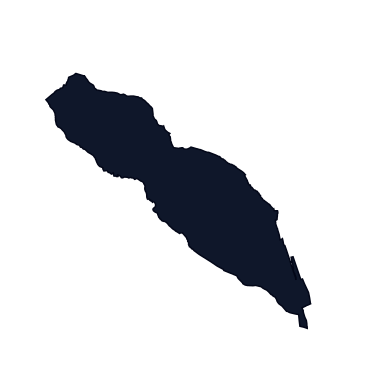 Frumusica, Botosani, Romania (Natural Earth projection), rotated 35°
{"feature_id": "2599482B74523212709144", "entity_name": "Frumusica", "entity_type": "district", "adm_level": 2, "iso_a3": "ROU", "parent_name": "Romania", "parent_adm1": "Botosani", "projection": "natural_earth1", "projection_center": [26.855, 47.52], "detail": "fine", "context": "isolated", "style": "filled", "palette": "ink", "viewbox_px": 384, "rotation_deg": 35, "n_neighbors": 0, "source": "geoboundaries", "source_scale": "gbopen_adm2", "svg_char_len": 6009}
<svg xmlns="http://www.w3.org/2000/svg" viewBox="0 0 384 384"><g transform="rotate(35 192 192)"><path d="M130.9,154.2L130.7,155.0L130.3,154.9L129.8,155.0L127.1,156.3L126.3,156.4L124.6,156.0L122.7,154.5L121.6,153.9L119.3,153.7L116.0,151.7L115.8,151.1L115.0,150.1L111.6,146.3L109.5,145.7L107.9,145.6L105.6,145.0L103.0,144.8L102.3,144.5L100.8,144.3L99.4,144.3L98.9,144.5L97.4,144.2L96.8,143.9L95.1,144.9L94.6,145.0L93.7,144.9L93.3,145.0L91.8,145.8L89.2,146.9L87.0,148.4L84.8,150.2L83.3,150.9L81.4,150.8L79.7,151.2L78.7,152.4L77.5,153.4L74.2,153.8L71.4,155.0L69.1,156.3L65.8,158.7L62.7,159.7L61.2,160.8L60.3,161.1L59.5,161.2L55.4,163.1L54.2,162.8L52.6,162.8L50.8,161.5L49.8,161.1L45.5,161.4L43.8,161.0L42.1,160.2L39.5,159.5L38.8,159.0L38.1,158.9L37.2,158.5L36.3,159.1L28.9,161.5L28.6,162.0L28.4,163.3L27.7,164.8L25.2,168.8L26.1,170.8L26.0,171.0L26.6,172.4L26.5,173.9L26.7,174.2L26.8,175.3L27.4,175.6L27.7,176.4L27.7,176.6L27.3,176.9L27.0,176.9L26.4,177.3L26.3,177.6L25.6,177.8L25.5,178.1L25.7,178.4L25.8,179.4L26.4,179.8L26.4,180.1L26.1,181.0L25.4,181.9L25.1,182.1L24.7,182.6L24.7,184.0L23.1,185.9L22.3,188.1L22.2,190.3L21.5,192.2L19.4,200.2L22.7,201.1L23.5,201.4L24.1,202.0L25.3,202.1L26.4,203.2L27.3,203.6L31.2,204.2L34.3,205.9L35.2,206.7L35.7,207.4L37.0,208.6L37.3,209.3L38.5,210.6L38.7,211.2L42.0,214.3L42.7,214.7L43.6,214.9L44.7,215.5L47.0,215.1L48.7,215.1L49.9,215.5L52.7,216.0L56.0,217.7L56.5,218.1L57.2,219.0L58.8,219.7L60.4,220.1L63.8,220.1L65.7,219.6L66.4,219.5L67.4,219.1L70.7,219.1L72.3,218.4L73.3,218.4L74.6,219.1L75.3,219.1L75.8,218.7L76.2,218.6L78.3,219.1L79.5,218.6L80.3,218.5L84.1,219.1L86.8,218.8L90.1,218.7L90.9,218.9L91.6,219.3L92.8,219.5L94.4,220.5L94.5,220.7L95.5,221.1L95.7,221.4L96.9,222.2L99.1,223.4L100.5,223.8L101.8,224.0L104.9,223.2L105.2,223.5L105.7,224.2L107.7,225.3L109.8,223.5L110.2,223.3L111.1,223.5L112.1,224.0L113.5,223.3L114.6,223.6L115.9,223.4L116.0,222.4L116.5,221.4L117.0,221.7L116.9,221.9L117.2,222.4L118.0,222.9L119.0,223.7L120.3,222.7L121.1,222.7L122.4,221.9L122.4,221.6L123.0,221.4L121.4,221.3L121.1,220.7L121.2,220.4L123.8,220.1L124.9,220.3L125.9,220.8L126.6,220.5L127.2,220.0L127.8,218.8L128.2,218.4L130.6,217.0L132.1,216.8L133.8,214.9L134.7,215.0L135.3,214.5L136.3,214.2L137.0,214.2L137.5,214.6L137.9,214.5L138.8,212.9L139.1,212.5L140.4,212.4L143.8,212.4L144.6,212.1L145.9,212.0L147.0,212.2L147.5,212.7L149.9,213.8L150.5,214.7L151.1,215.9L152.0,217.0L153.5,218.1L154.7,218.6L156.2,219.9L157.9,222.1L159.4,223.3L160.0,223.3L160.4,222.5L160.8,222.2L161.4,222.7L162.0,222.9L163.1,222.9L163.0,222.4L164.2,222.7L164.4,222.4L164.6,222.3L165.0,222.8L165.5,223.1L165.8,222.4L166.2,221.9L166.4,221.8L167.5,222.1L168.9,222.7L170.3,224.6L170.3,225.7L169.8,227.5L169.8,228.2L170.2,228.9L171.3,229.5L173.1,229.6L175.5,229.2L176.2,229.4L177.0,230.2L178.2,230.9L179.2,231.7L180.5,232.0L181.3,232.4L182.1,232.3L183.6,232.8L184.7,232.6L185.8,232.2L186.4,231.8L187.4,231.6L189.9,231.8L190.9,232.1L191.2,232.3L191.7,232.3L192.5,232.7L194.7,232.8L195.4,233.0L197.9,233.3L200.8,233.1L200.9,233.4L201.9,233.3L201.9,233.2L205.5,233.1L205.5,232.8L207.6,230.8L208.2,231.2L208.8,231.2L209.1,231.4L210.3,231.6L210.8,231.9L211.2,231.7L211.7,232.0L212.1,232.0L212.4,232.3L213.3,232.3L215.1,233.6L216.1,233.9L216.8,234.6L217.0,235.1L217.8,235.1L218.3,235.3L218.7,236.1L219.1,236.4L219.1,236.7L219.7,236.8L220.1,237.6L221.0,237.9L221.3,238.3L222.0,238.2L222.4,238.1L224.2,238.6L224.9,238.6L225.2,238.2L227.2,238.8L233.6,239.0L247.5,238.3L255.2,238.2L261.9,237.4L263.1,238.0L276.7,234.9L279.2,236.2L279.9,236.4L285.4,237.4L286.1,237.6L286.2,237.9L288.3,237.8L289.1,237.6L291.0,236.8L295.7,233.8L297.7,232.0L303.1,229.9L305.0,230.1L307.2,229.9L309.4,229.5L312.0,229.8L315.4,230.6L316.5,230.4L317.9,230.7L318.2,230.6L319.6,230.6L320.3,230.3L322.8,231.5L324.6,232.8L327.1,233.7L331.3,233.8L337.8,235.5L339.1,234.9L340.2,234.9L341.6,234.6L346.4,232.7L349.7,231.2L353.4,235.6L357.4,240.1L361.1,238.6L364.6,237.6L363.7,236.4L362.7,235.5L361.5,233.9L359.3,231.6L356.3,229.9L352.8,227.2L351.3,225.7L351.2,225.4L348.5,223.8L350.0,221.2L350.7,220.0L350.8,219.3L351.6,218.4L353.3,215.5L352.6,215.0L349.1,211.3L345.1,207.5L336.6,202.6L332.4,199.9L331.3,201.3L311.9,187.1L310.6,188.6L313.7,191.5L313.2,192.0L313.9,192.5L314.5,192.0L319.0,196.4L319.5,197.5L320.2,198.4L321.0,199.0L322.0,199.5L322.9,199.9L326.2,202.4L326.2,202.7L327.3,203.7L327.0,204.0L325.9,202.7L324.7,202.0L316.8,196.2L312.4,192.7L302.1,185.0L298.7,182.6L298.3,182.6L297.8,182.8L297.5,182.8L294.6,179.9L292.9,178.4L292.8,178.9L291.3,180.6L290.6,179.7L287.8,176.9L283.8,173.8L282.9,172.9L282.3,172.7L278.7,170.0L278.0,168.9L277.6,168.7L276.4,167.0L276.6,166.8L277.3,166.4L277.4,165.7L276.5,164.3L275.8,162.9L274.4,160.7L274.5,160.2L273.8,159.2L272.8,158.3L270.2,160.2L269.0,159.2L269.0,159.3L264.1,158.4L264.1,158.2L263.5,158.0L263.4,157.9L262.2,157.8L262.2,158.0L259.0,157.7L256.6,157.8L256.5,157.6L256.0,157.6L256.0,157.8L254.2,157.6L253.7,157.4L253.5,157.1L251.2,156.8L250.1,155.6L249.9,155.7L248.1,155.3L247.7,154.7L246.4,154.8L246.2,154.5L245.1,154.1L244.8,154.1L244.7,154.4L242.6,154.3L241.5,154.8L238.5,153.9L237.5,153.9L237.5,154.4L236.0,153.0L235.5,152.9L235.3,153.5L232.9,152.8L233.0,152.4L232.2,152.1L230.7,150.9L225.8,148.5L225.6,148.3L225.9,147.3L223.1,146.6L220.5,146.5L216.3,146.7L214.0,146.6L213.6,146.2L212.5,146.3L211.8,146.6L211.5,146.3L211.0,146.2L210.4,146.6L208.8,146.6L207.5,147.3L205.8,147.5L205.0,147.8L203.7,147.6L203.0,147.7L200.8,147.2L199.7,147.3L198.8,147.1L197.6,147.6L195.9,147.6L194.9,147.2L193.8,147.3L193.5,147.6L190.3,148.1L183.3,149.8L182.6,150.1L181.8,150.7L179.1,151.5L174.8,152.4L173.3,153.1L171.9,153.5L171.0,153.9L165.4,155.8L164.7,157.7L164.1,158.5L163.6,159.5L162.2,160.6L160.8,161.3L159.6,161.1L158.8,161.2L158.1,161.7L158.0,162.1L156.9,162.8L156.6,163.4L156.1,163.9L151.6,166.2L150.6,165.8L147.7,164.2L146.4,163.1L144.8,162.1L144.4,161.4L142.5,159.3L140.8,158.8L140.2,158.1L140.3,156.7L137.8,157.0L134.5,156.6L133.3,156.0L130.9,154.2Z" fill="#0f172a" stroke="#020617" stroke-width="1.5"/></g></svg>